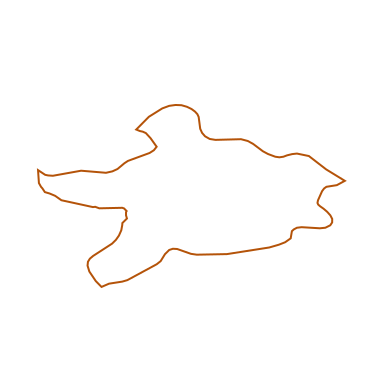 an SVG outline of Hòa Bình, rotated 324°
{"feature_id": "VNM-459", "entity_name": "Hòa Bình", "entity_type": "Province", "adm_level": 1, "iso_a3": "VNM", "parent_name": "Vietnam", "parent_adm1": "", "projection": "orthographic", "projection_center": [105.329, 20.711], "detail": "fine", "context": "isolated", "style": "outline", "palette": "amber", "viewbox_px": 384, "rotation_deg": 324, "n_neighbors": 0, "source": "natural_earth", "source_scale": "10m", "svg_char_len": 1494}
<svg xmlns="http://www.w3.org/2000/svg" viewBox="0 0 384 384"><g transform="rotate(324 192 192)"><path d="M322.2,272.8L313.2,271.6L303.8,266.8L300.9,266.8L297.7,267.8L289.0,272.8L287.1,274.6L286.7,276.3L287.2,278.7L288.6,282.8L289.7,287.4L290.2,292.2L289.6,296.2L287.5,299.0L284.3,300.2L278.9,299.3L274.1,296.5L260.0,284.9L255.9,282.6L252.4,282.1L249.8,282.4L244.6,287.5L237.8,287.4L231.3,285.7L221.9,282.3L183.8,262.8L159.0,245.5L154.8,241.4L146.5,229.4L143.2,226.7L139.5,225.5L133.6,226.4L126.0,229.5L121.0,229.7L87.9,225.3L82.9,223.5L71.0,217.4L63.0,215.6L61.8,207.5L62.2,196.0L64.2,190.2L66.8,187.3L70.2,185.9L74.4,185.6L97.0,186.8L102.3,186.0L107.3,184.3L112.3,181.4L116.2,177.7L117.4,176.2L123.8,175.2L124.9,172.1L126.8,169.5L127.9,169.0L127.4,165.4L126.3,163.8L107.4,150.7L105.0,147.1L103.0,146.0L81.5,121.9L79.0,114.6L75.9,109.5L72.9,105.6L73.1,101.1L72.9,99.1L73.4,94.8L80.3,83.8L83.3,91.8L85.3,94.0L89.0,97.1L114.8,109.6L133.7,125.9L139.7,128.5L145.2,129.6L154.2,129.0L158.5,129.2L180.6,135.5L185.7,135.8L190.0,134.6L190.1,124.1L189.3,117.2L187.6,114.2L185.7,112.1L183.6,108.7L201.3,105.8L217.1,106.9L224.2,108.9L229.8,111.9L234.5,115.6L238.0,120.1L240.4,124.6L241.7,128.7L242.1,132.2L241.5,135.2L235.8,145.7L234.9,150.1L235.3,154.6L237.5,159.5L241.6,163.6L262.7,178.1L267.1,183.5L269.7,189.0L273.3,200.7L275.8,205.9L280.1,212.4L283.1,215.3L286.7,217.2L290.4,218.2L295.3,220.2L299.5,222.6L307.7,231.6L313.8,252.5L322.2,272.8Z" fill="none" stroke="#b45309" stroke-width="2"/></g></svg>